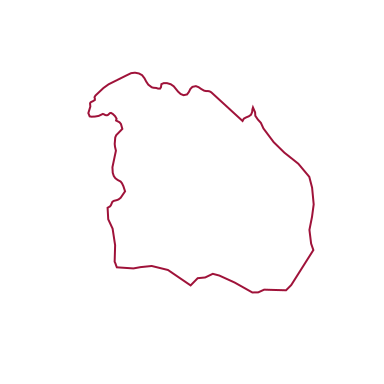 the Prefecture of Siguiri, rotated 303°
{"feature_id": "GIN-5657", "entity_name": "Siguiri", "entity_type": "Prefecture", "adm_level": 1, "iso_a3": "GIN", "parent_name": "Guinea", "parent_adm1": "", "projection": "natural_earth1", "projection_center": [-9.321, 11.681], "detail": "fine", "context": "isolated", "style": "outline", "palette": "rose", "viewbox_px": 384, "rotation_deg": 303, "n_neighbors": 0, "source": "natural_earth", "source_scale": "10m", "svg_char_len": 1728}
<svg xmlns="http://www.w3.org/2000/svg" viewBox="0 0 384 384"><g transform="rotate(303 192 192)"><path d="M211.6,58.1L212.4,58.3L214.3,59.5L216.3,60.4L217.4,59.7L218.4,58.6L220.3,58.5L231.0,61.1L236.9,63.4L253.7,73.3L258.5,76.2L261.0,79.2L262.5,82.9L262.8,86.5L261.5,90.2L259.7,93.4L258.2,96.9L257.9,101.2L258.4,102.8L259.8,105.4L260.2,107.1L261.3,108.9L263.0,108.9L265.8,107.6L267.9,109.0L269.7,111.8L270.8,115.5L270.7,119.1L268.6,125.6L268.0,129.1L268.6,132.2L271.1,134.7L274.2,134.9L277.5,134.5L280.4,135.1L282.9,137.6L283.5,140.4L283.4,143.5L283.6,147.0L284.3,148.8L285.3,150.3L286.0,152.0L286.1,153.9L279.1,195.7L281.7,195.5L284.1,196.8L286.4,198.4L288.9,199.4L291.8,198.9L294.1,197.7L296.1,197.1L293.2,201.5L290.4,203.6L288.7,207.6L287.5,212.1L284.2,217.3L278.3,233.3L275.3,248.1L273.6,265.8L268.6,282.1L261.0,290.4L247.9,300.8L236.5,306.2L224.2,311.1L213.6,320.0L209.4,325.4L168.0,325.9L160.8,324.4L154.5,314.1L149.4,305.7L143.9,302.2L140.6,297.3L139.3,277.1L136.8,260.4L134.7,254.0L127.5,249.6L122.8,243.7L112.9,241.7L113.5,214.3L108.0,198.5L101.0,189.8L96.0,184.5L87.9,170.0L89.1,168.3L90.3,166.8L91.4,165.1L105.5,156.5L118.0,145.4L123.5,136.6L132.8,129.8L135.3,131.1L136.7,131.2L139.5,130.7L140.5,130.6L142.0,131.3L144.3,133.4L145.7,134.4L148.2,135.3L156.1,135.5L159.5,131.3L161.2,128.5L161.9,126.4L161.6,123.0L161.8,120.2L162.8,117.7L164.9,115.1L169.4,111.8L185.2,105.7L188.0,102.8L190.2,101.0L196.0,97.9L198.4,97.5L207.0,99.2L210.3,95.4L211.0,93.3L210.6,89.4L212.4,88.8L213.7,86.2L214.3,83.1L214.2,81.0L213.4,80.2L211.0,79.6L210.0,78.9L209.3,77.4L209.2,75.9L208.9,74.7L205.0,72.3L202.4,69.5L200.4,66.7L199.7,65.0L201.7,62.1L208.3,60.2L210.7,58.3L211.6,58.1Z" fill="none" stroke="#9f1239" stroke-width="2"/></g></svg>